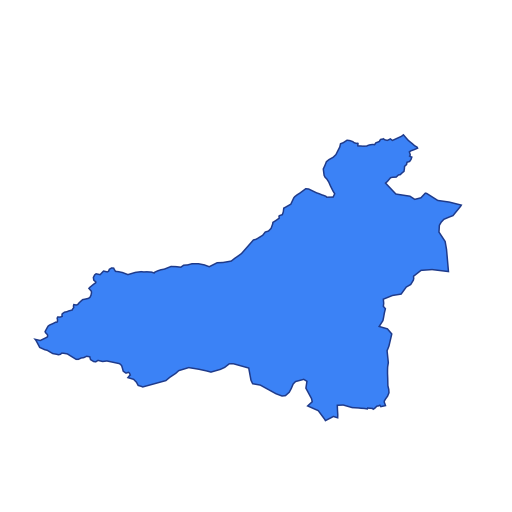 Bakori, Katsina, Nigeria (Natural Earth projection), rotated 286°
{"feature_id": "59680162B75348496545912", "entity_name": "Bakori", "entity_type": "district", "adm_level": 2, "iso_a3": "NGA", "parent_name": "Nigeria", "parent_adm1": "Katsina", "projection": "natural_earth1", "projection_center": [7.44, 11.676], "detail": "fine", "context": "isolated", "style": "filled", "palette": "blue", "viewbox_px": 512, "rotation_deg": 286, "n_neighbors": 0, "source": "geoboundaries", "source_scale": "gbopen_adm2", "svg_char_len": 4513}
<svg xmlns="http://www.w3.org/2000/svg" viewBox="0 0 512 512"><g transform="rotate(286 256 256)"><path d="M294.1,445.3L314.9,437.3L322.1,433.8L329.4,425.3L336.1,423.8L339.6,424.7L343.1,426.5L347.1,431.5L349.1,434.2L360.0,438.9L361.5,439.3L361.1,426.9L359.5,415.4L363.1,403.1L363.2,401.9L363.0,401.4L360.9,400.3L357.4,398.5L354.2,393.0L355.9,387.5L354.1,373.4L361.8,360.4L363.8,361.7L368.4,363.8L369.3,365.5L370.5,369.0L373.2,370.6L373.9,372.2L376.6,373.8L378.1,374.9L380.7,374.6L383.1,374.1L385.4,375.5L387.7,375.3L389.2,377.6L391.6,378.4L394.0,378.5L394.1,377.0L394.4,376.1L395.2,376.4L395.9,376.3L398.4,374.7L399.8,375.9L401.9,378.8L404.2,381.6L405.0,380.9L405.8,377.9L407.1,375.2L408.0,373.0L408.8,371.2L409.4,370.0L413.1,364.3L411.1,362.8L404.7,355.3L405.6,352.8L404.8,352.1L403.3,350.3L403.2,347.9L403.8,346.0L403.3,345.7L402.6,343.9L401.6,343.3L400.1,343.0L399.0,341.6L397.8,340.0L395.7,339.3L395.4,337.5L394.9,336.3L394.0,334.4L393.1,333.1L392.1,332.0L391.0,328.4L390.6,326.3L389.9,323.6L390.7,323.2L392.0,323.2L392.4,322.8L391.9,321.2L392.0,318.9L392.6,317.6L392.8,314.5L392.4,311.6L389.0,308.7L387.2,306.3L383.9,306.5L379.3,305.6L375.5,304.9L372.2,303.0L368.8,299.6L366.1,297.7L362.1,297.3L358.2,296.7L352.4,299.2L350.8,300.6L349.5,302.9L347.1,305.6L343.8,308.3L339.7,312.1L337.5,314.5L333.9,313.9L332.0,307.8L332.6,306.8L332.7,306.3L332.9,304.0L332.9,302.8L333.3,299.4L333.4,296.8L334.9,288.2L334.4,285.3L328.5,280.8L326.2,278.7L323.7,276.9L322.3,276.3L315.4,275.2L310.2,270.1L309.7,269.5L305.8,270.1L303.0,269.9L301.3,267.5L300.7,267.1L298.8,267.9L295.3,265.1L293.0,263.0L291.3,263.2L286.7,262.9L283.4,261.1L281.6,258.3L277.7,256.7L272.1,251.5L270.7,249.1L254.4,241.4L251.9,239.5L247.9,236.2L244.3,233.6L240.7,226.2L238.8,220.5L232.8,214.0L233.2,208.8L232.7,202.8L230.9,196.6L228.6,192.8L227.2,189.0L224.5,186.8L223.7,181.9L222.5,177.2L218.1,171.5L216.5,168.3L214.7,165.7L212.6,163.2L211.6,162.8L211.7,160.0L210.7,155.4L209.7,152.5L209.3,150.0L207.0,144.6L202.8,138.0L203.3,132.3L203.0,128.0L202.5,125.2L203.9,123.6L205.1,122.5L204.7,120.5L202.8,118.7L200.7,118.5L199.7,117.4L199.5,113.6L195.1,111.3L194.8,107.2L193.3,106.1L190.5,105.6L188.1,106.7L186.9,109.2L186.1,109.3L184.1,107.7L180.2,105.0L178.8,104.3L176.8,107.4L175.3,108.0L172.9,108.2L170.5,107.8L169.1,106.6L167.3,103.4L166.3,101.4L164.6,100.3L162.3,98.9L160.2,98.0L159.3,96.7L159.1,94.3L157.6,94.3L156.2,95.0L154.3,94.3L153.4,94.2L151.5,91.0L150.4,89.7L149.2,87.4L147.1,85.7L145.9,85.7L144.5,86.3L143.3,84.6L142.7,82.2L141.4,82.0L140.2,82.7L138.3,83.2L137.4,82.8L137.2,81.7L135.2,79.6L132.9,76.8L131.5,75.6L130.2,75.2L125.2,74.1L124.3,74.8L123.5,76.2L122.8,77.3L121.8,77.7L120.8,77.8L119.7,76.8L117.9,74.8L115.3,71.9L115.0,66.7L114.5,67.4L113.6,68.4L108.5,73.3L107.7,78.7L107.8,81.2L106.2,87.5L106.6,91.7L106.6,93.3L107.6,95.1L107.9,95.3L109.1,96.1L109.5,98.0L109.9,101.6L107.1,111.5L107.7,113.7L109.8,116.1L110.8,118.4L112.9,120.8L113.3,124.0L110.8,125.5L109.8,129.0L110.1,131.1L112.1,132.9L112.3,137.6L114.0,141.6L114.4,147.1L114.9,154.4L114.3,155.9L113.4,157.2L111.2,158.6L108.7,160.1L107.9,162.3L107.6,163.3L108.4,164.6L109.0,165.3L108.6,166.6L107.6,167.4L106.9,168.0L106.2,167.4L103.8,166.4L103.7,172.4L101.7,175.9L99.1,178.4L99.1,181.7L98.9,183.2L111.4,203.7L115.7,206.6L121.1,211.2L124.5,213.3L130.2,222.1L131.4,232.3L131.9,239.9L132.0,244.7L137.2,253.0L140.3,256.6L145.0,260.0L146.2,264.0L146.3,279.9L135.2,285.4L132.3,288.0L133.1,295.7L129.1,313.2L128.6,319.6L129.9,322.8L134.2,325.5L138.3,326.4L143.2,327.0L146.2,328.6L150.6,335.9L149.6,339.5L142.7,340.4L134.2,348.7L131.4,350.2L126.1,347.0L124.5,358.5L117.9,367.1L116.9,368.1L121.6,373.1L123.1,374.6L123.0,379.1L125.8,378.4L130.9,376.6L134.9,375.3L136.8,380.9L136.8,390.3L138.1,396.0L138.7,399.4L139.3,402.0L139.7,405.2L140.6,405.2L141.6,410.1L141.0,410.9L142.3,412.1L142.6,412.3L142.9,412.3L144.4,413.3L145.0,413.6L145.7,415.1L146.7,416.2L145.6,417.5L147.9,421.7L149.6,420.5L150.8,419.6L151.9,419.3L154.5,420.0L157.5,421.1L161.2,421.5L164.3,420.4L167.7,418.5L174.8,416.3L179.3,414.8L183.2,413.7L185.7,413.1L189.9,412.6L201.1,408.1L202.0,408.2L203.8,408.4L206.2,408.6L218.5,408.0L222.2,402.4L222.2,393.8L228.8,395.8L231.7,395.6L236.5,395.1L241.0,394.9L242.7,392.3L245.7,391.8L249.6,390.3L255.7,398.1L259.4,406.0L267.6,409.0L271.3,412.6L276.1,413.9L278.0,413.8L278.6,413.5L278.8,413.4L279.4,413.2L279.6,413.1L280.0,413.1L280.4,413.2L280.6,413.4L280.8,413.6L281.0,413.8L281.9,414.4L287.7,418.6L291.5,429.0L294.1,445.3Z" fill="#3b82f6" stroke="#1e3a8a" stroke-width="1.5"/></g></svg>